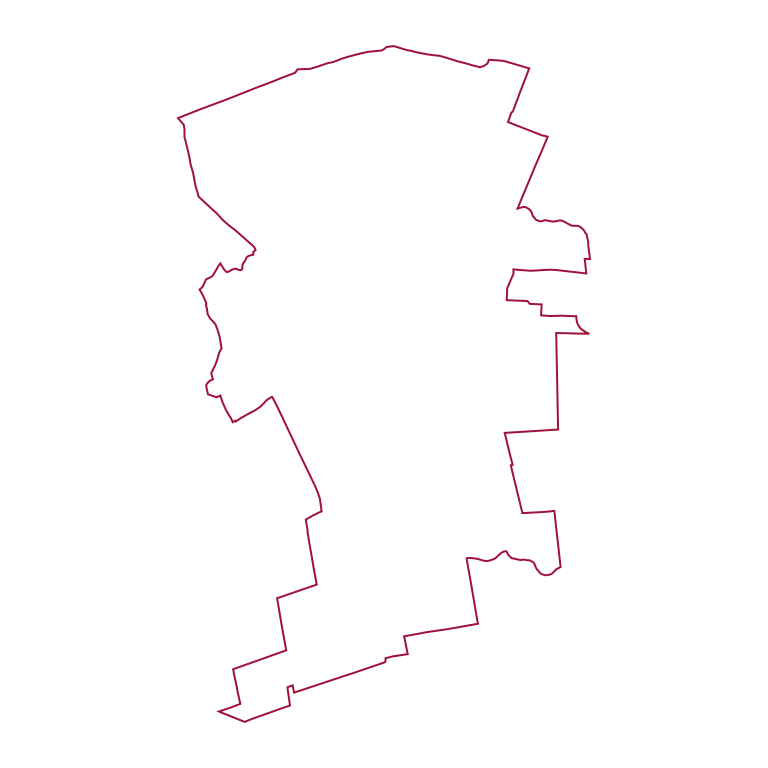 Girisu De Cris, Bihor, Romania
{"feature_id": "2599482B40990728968536", "entity_name": "Girisu De Cris", "entity_type": "district", "adm_level": 2, "iso_a3": "ROU", "parent_name": "Romania", "parent_adm1": "Bihor", "projection": "orthographic", "projection_center": [21.776, 47.06], "detail": "fine", "context": "isolated", "style": "outline", "palette": "rose", "viewbox_px": 768, "rotation_deg": 0, "n_neighbors": 0, "source": "geoboundaries", "source_scale": "gbopen_adm2", "svg_char_len": 6029}
<svg xmlns="http://www.w3.org/2000/svg" viewBox="0 0 768 768"><path d="M558.2,545.5L555.8,524.3L554.4,511.0L554.3,510.8L551.0,511.3L541.8,512.1L533.6,512.5L524.1,513.0L522.4,513.1L515.5,484.7L510.8,465.3L512.6,464.9L507.6,445.1L507.5,444.6L506.7,440.9L504.7,432.9L538.5,430.8L558.1,429.5L556.2,333.0L564.9,333.2L566.6,333.2L571.1,333.4L572.6,333.4L578.6,333.6L582.9,333.6L588.4,333.8L588.4,333.2L586.7,332.7L585.8,332.2L581.4,329.2L580.9,328.7L579.5,327.1L578.4,325.4L577.2,323.0L576.7,320.7L576.4,318.4L576.2,316.1L574.0,316.2L572.1,316.1L565.2,315.9L561.7,315.7L561.3,315.7L556.3,315.9L554.4,315.9L551.1,316.0L549.7,316.0L548.1,315.9L542.9,315.5L541.1,315.3L541.3,310.7L541.5,307.4L541.6,304.4L539.2,304.3L531.0,303.9L529.7,303.8L527.5,301.1L524.1,300.9L522.9,300.9L521.6,300.8L510.6,300.3L509.3,300.3L506.7,300.2L506.8,297.4L507.0,293.7L507.2,288.3L513.5,273.7L513.4,269.4L516.2,269.7L516.5,269.7L531.1,270.8L532.0,270.7L536.5,270.5L540.2,270.2L543.3,270.0L551.2,269.7L554.0,269.9L554.7,269.9L563.6,270.8L563.9,270.9L580.7,272.8L583.5,273.2L586.3,273.4L586.2,272.4L584.7,258.9L590.0,259.0L588.2,244.8L588.3,243.4L588.2,241.3L587.7,239.8L586.6,234.2L586.4,234.1L585.7,233.4L585.2,232.7L584.9,232.3L584.6,231.7L584.3,230.9L583.7,230.1L583.2,229.5L582.5,228.8L581.8,228.2L581.0,227.4L580.1,226.8L579.2,226.4L578.4,226.1L577.8,225.9L577.0,225.9L575.9,225.9L573.8,225.8L572.8,225.8L571.9,225.7L570.9,225.3L570.1,224.9L569.1,224.4L566.2,222.8L564.7,222.0L563.6,221.4L562.0,220.8L561.1,220.5L560.4,220.4L559.5,220.4L558.9,220.5L558.1,220.8L557.1,221.0L555.5,221.3L553.5,221.5L552.7,221.6L552.1,221.5L550.0,221.1L547.1,220.5L546.0,220.3L545.2,220.2L544.4,220.3L543.7,220.5L542.4,221.0L541.5,221.2L540.7,221.4L540.1,221.3L539.3,221.0L538.1,220.6L536.6,220.1L536.1,219.8L535.8,219.5L535.3,218.9L534.1,217.5L533.2,216.4L532.7,215.7L532.3,214.6L532.0,213.6L531.6,212.4L531.2,211.5L530.1,210.2L529.0,209.2L527.7,208.3L526.8,207.8L526.0,207.3L525.3,207.1L524.6,207.0L523.8,207.0L522.9,207.1L521.4,207.5L519.7,207.9L518.0,208.5L517.5,208.6L536.3,163.5L538.2,159.2L538.7,158.1L540.7,153.5L547.7,136.7L543.5,135.6L542.4,135.5L540.8,134.9L522.2,127.6L508.0,122.1L511.3,112.8L512.9,111.3L520.9,89.9L525.6,77.9L529.2,68.4L518.0,65.1L511.0,63.0L508.7,62.4L506.5,61.7L504.1,61.0L502.2,60.8L500.6,60.6L488.8,59.8L488.0,62.5L486.7,64.1L483.4,66.2L479.8,67.2L473.8,65.7L465.8,63.4L457.3,61.2L445.2,57.4L439.1,55.7L435.9,55.5L427.5,54.4L420.5,53.1L414.7,51.8L410.8,50.7L407.2,50.2L402.2,48.7L396.6,46.9L393.7,46.1L386.6,47.0L384.0,49.1L381.7,50.5L374.5,51.2L367.7,51.9L361.0,53.4L353.5,55.3L346.2,57.3L342.2,58.6L333.0,62.1L328.0,63.1L324.0,64.4L317.5,66.6L310.0,68.9L297.6,69.3L295.1,72.8L281.8,77.8L274.0,81.0L254.5,88.4L250.3,90.1L226.5,99.5L202.6,108.4L178.0,118.1L183.6,124.6L183.9,125.9L184.5,129.4L184.5,137.1L185.3,140.1L186.6,145.2L188.3,152.5L189.6,158.2L190.2,162.1L190.3,162.4L190.7,164.8L192.5,170.9L193.4,174.6L195.1,183.9L196.4,189.0L196.6,189.9L197.2,191.0L198.5,196.5L212.4,209.5L214.5,211.3L216.8,213.5L219.4,216.3L220.9,217.9L223.3,220.5L226.0,222.8L228.6,225.1L230.2,226.4L235.2,230.1L254.2,247.0L255.6,249.9L255.6,250.0L253.1,252.3L253.4,253.8L253.3,254.7L250.9,255.2L249.1,255.8L247.8,256.4L246.9,257.0L246.1,258.5L245.5,259.9L245.1,260.9L244.3,261.8L243.0,263.8L242.5,265.2L242.3,266.3L242.4,267.5L242.4,268.7L242.1,269.3L240.8,270.1L239.4,270.1L238.8,270.0L236.8,269.0L235.4,268.7L232.2,269.5L230.4,270.6L228.2,271.8L226.6,272.1L223.8,269.1L220.3,263.4L218.1,266.5L215.4,271.2L213.7,274.2L212.5,275.9L211.0,277.1L207.3,278.7L206.3,279.3L205.6,280.3L204.8,282.1L204.0,283.9L203.0,286.0L202.7,286.6L202.0,287.4L201.3,288.1L200.5,288.8L199.6,289.6L203.0,295.5L206.2,302.9L206.3,304.6L205.8,305.3L206.7,307.4L206.8,308.1L206.9,308.5L206.9,309.2L207.5,312.4L207.5,313.9L209.1,316.5L209.7,317.9L215.4,324.2L217.5,329.6L219.6,336.6L221.6,348.6L220.4,350.2L218.9,353.6L216.8,361.1L214.4,366.8L211.2,373.1L212.5,378.0L212.9,379.4L212.3,379.6L209.7,380.9L209.1,381.4L207.9,382.6L206.2,384.9L206.3,386.2L206.7,388.2L206.7,388.7L208.0,394.3L216.7,397.3L216.8,397.3L220.3,395.5L222.6,402.4L225.6,409.2L228.6,414.6L228.7,414.8L230.9,418.0L232.7,422.2L234.2,421.2L234.5,421.1L235.0,420.7L235.6,421.6L240.8,418.1L247.0,414.6L253.2,411.3L255.4,410.1L260.6,406.5L266.6,400.2L268.4,399.0L271.9,396.8L272.1,396.9L272.5,397.4L277.7,407.5L279.6,411.5L282.3,417.1L286.9,427.0L288.8,431.0L293.5,441.0L299.9,454.6L302.7,460.3L313.4,482.5L315.7,487.4L317.9,492.9L319.7,498.1L320.5,502.8L321.1,507.6L321.3,508.4L321.2,509.6L321.4,510.6L321.7,511.3L321.3,511.5L316.9,513.5L312.2,515.9L305.8,519.6L306.3,522.9L307.5,529.5L307.6,531.0L307.5,531.8L308.5,537.9L309.3,542.9L311.4,554.7L313.4,566.4L316.7,584.6L277.1,598.2L281.7,625.5L286.2,650.3L263.3,658.5L233.2,669.2L233.3,669.8L233.9,673.8L236.8,686.9L237.7,692.2L240.3,703.9L231.0,707.4L219.0,711.5L222.0,712.8L244.7,721.9L252.3,718.8L274.0,711.1L278.9,709.3L290.0,705.5L287.4,687.3L292.6,685.3L294.1,692.6L350.5,673.9L350.8,673.9L385.0,662.2L385.4,661.4L385.6,658.2L392.8,656.4L407.7,654.1L406.2,646.5L404.9,640.1L404.1,636.3L419.1,633.6L420.2,633.4L425.8,632.3L439.0,630.4L448.2,629.0L477.9,623.8L472.1,589.9L471.8,588.2L470.9,582.8L468.6,570.0L466.9,560.4L466.7,558.3L468.3,558.0L469.5,558.0L471.1,558.0L473.6,558.3L475.3,558.5L477.1,558.8L482.7,560.4L485.0,561.0L487.2,561.0L489.0,560.7L489.9,560.4L491.0,560.1L491.8,559.8L493.6,559.1L494.9,558.5L496.0,557.7L497.3,556.5L498.9,555.0L500.5,553.5L502.0,552.5L503.7,551.6L504.7,551.3L505.6,551.2L506.2,551.3L506.9,552.1L507.9,554.0L508.3,554.9L509.4,556.1L510.9,557.5L511.5,558.0L512.2,558.3L513.5,558.5L516.0,559.1L519.7,559.9L521.1,560.0L522.1,559.9L522.9,559.6L523.7,559.6L525.6,559.8L526.6,560.2L527.4,560.3L528.3,560.2L529.3,560.2L533.5,562.4L534.8,564.7L535.7,567.1L536.1,568.1L536.7,568.9L538.8,571.6L540.1,573.0L540.6,573.6L541.6,574.1L543.2,574.6L544.7,575.1L545.7,575.2L546.3,575.2L547.7,575.0L549.1,574.7L550.4,574.4L551.7,573.9L552.8,572.9L554.6,571.0L556.4,569.3L560.6,567.0L558.2,545.5Z" fill="none" stroke="#9f1239" stroke-width="2"/></svg>